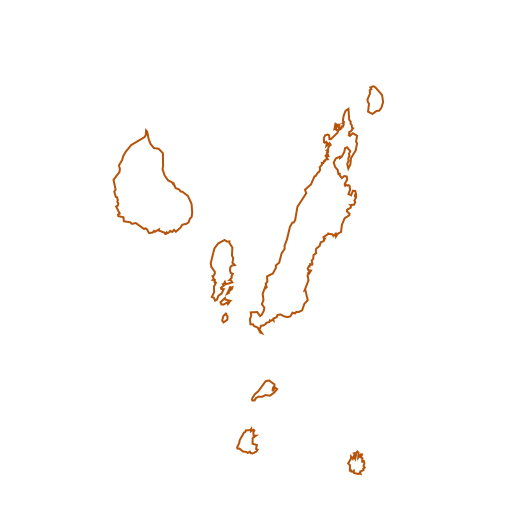 the district of Romblon, Romblon, Philippines, rotated 194°
{"feature_id": "2640588B50983171828902", "entity_name": "Romblon", "entity_type": "district", "adm_level": 2, "iso_a3": "PHL", "parent_name": "Philippines", "parent_adm1": "Romblon", "projection": "equal_earth", "projection_center": [122.122, 12.497], "detail": "fine", "context": "isolated", "style": "outline", "palette": "amber", "viewbox_px": 512, "rotation_deg": 194, "n_neighbors": 0, "source": "geoboundaries", "source_scale": "gbopen_adm2", "svg_char_len": 6097}
<svg xmlns="http://www.w3.org/2000/svg" viewBox="0 0 512 512"><g transform="rotate(194 256 256)"><path d="M231.6,182.5L234.9,185.4L234.2,189.6L232.1,190.4L230.2,192.2L229.8,193.7L227.1,195.1L227.0,196.8L226.2,196.5L224.3,198.3L223.4,197.7L224.0,199.6L221.1,201.6L220.9,204.0L218.0,205.2L214.1,204.2L210.3,204.4L208.1,205.8L206.8,209.9L204.1,209.8L203.3,211.6L201.3,211.8L198.1,214.4L197.5,221.3L195.1,225.7L199.9,234.9L200.5,234.4L199.2,245.0L200.9,249.0L201.1,248.3L201.2,252.5L200.2,253.3L199.9,252.7L199.1,255.2L201.6,254.8L202.8,256.4L202.2,258.9L201.4,258.9L201.5,261.3L199.6,261.0L199.3,261.8L200.9,265.1L199.8,266.9L200.4,271.0L198.3,273.3L199.2,275.2L199.3,277.8L196.7,281.1L196.5,285.7L196.3,284.9L193.9,287.0L193.5,289.1L194.1,288.7L195.1,290.6L191.3,294.8L191.4,296.2L191.1,295.0L187.2,295.5L185.7,294.1L184.1,296.8L183.1,294.3L182.2,297.2L179.3,299.9L180.2,307.1L179.1,314.2L175.3,318.1L175.5,319.7L178.5,321.2L178.8,323.0L175.8,325.8L176.0,327.9L176.7,328.3L173.3,329.5L172.7,332.3L173.9,333.4L173.1,337.0L173.5,338.4L173.9,337.3L174.5,337.8L174.7,339.2L173.9,340.1L175.4,343.1L177.7,342.8L178.4,337.9L181.3,338.5L180.7,342.7L182.0,346.5L183.3,347.2L184.3,346.4L185.7,346.8L186.4,345.7L187.4,347.2L186.0,352.3L187.2,355.1L189.7,354.9L191.5,352.4L194.4,354.5L194.6,357.0L194.8,355.7L196.0,355.6L197.5,359.1L200.7,361.5L203.2,365.4L202.2,369.9L198.7,372.6L198.2,371.3L196.8,373.2L195.5,378.5L195.7,382.2L193.9,383.5L189.9,380.5L190.5,377.5L189.6,376.1L190.0,372.7L189.2,370.7L189.8,367.4L187.6,363.2L186.6,367.8L187.5,373.9L184.8,382.7L185.2,389.7L186.6,391.3L187.0,397.1L191.7,398.5L194.0,395.2L195.0,395.6L194.2,396.8L195.3,397.3L195.5,398.8L194.1,399.9L192.7,403.4L193.8,403.6L194.8,406.2L196.3,407.3L196.6,409.2L198.6,410.9L201.9,421.1L204.2,418.6L204.9,413.3L204.4,408.2L203.0,407.3L204.1,405.7L202.7,405.1L202.9,402.6L204.4,402.4L204.0,400.5L205.0,399.3L206.0,400.5L206.9,395.0L211.6,387.5L213.0,387.1L214.2,390.8L215.7,391.2L218.1,389.8L218.7,386.9L217.6,382.9L216.6,382.5L215.4,383.8L214.4,383.0L214.4,379.9L212.0,383.3L210.5,381.9L212.0,379.5L211.9,376.7L212.8,375.5L211.6,375.3L212.0,373.8L211.4,373.9L211.6,373.0L209.9,370.3L211.3,370.0L212.3,370.9L212.7,370.1L209.8,367.2L211.8,366.4L212.2,364.8L212.9,364.8L213.1,362.5L214.7,362.3L214.1,360.4L215.7,357.5L214.6,355.1L215.3,352.6L216.1,352.0L217.4,348.1L218.5,347.5L220.0,338.7L224.5,332.2L222.4,329.1L227.7,313.8L226.7,300.2L227.5,297.6L228.8,297.2L230.1,292.6L230.0,279.3L230.8,272.9L229.9,270.0L231.8,264.7L231.9,255.1L234.5,251.6L233.8,249.4L235.4,243.1L240.3,238.9L238.8,233.7L239.9,231.6L238.1,228.2L239.3,226.6L239.7,227.2L240.4,221.0L238.1,215.1L238.7,210.8L235.3,207.7L235.2,204.8L236.2,200.4L237.5,198.7L241.3,201.9L247.5,200.0L246.2,197.1L246.6,193.4L244.9,188.4L242.3,188.9L240.9,187.5L237.1,187.0L233.3,182.7L231.6,182.5ZM365.3,252.4L362.0,253.7L361.0,255.7L360.0,255.0L356.7,258.2L356.7,257.2L350.3,256.5L349.3,255.4L348.4,255.8L348.7,257.6L348.1,256.5L348.2,257.3L347.1,257.0L345.7,258.4L345.3,259.6L343.0,259.1L341.8,261.5L339.6,260.2L336.3,265.0L335.1,268.5L331.2,270.5L329.6,272.3L329.2,276.1L327.9,278.3L328.4,282.7L331.1,290.9L336.6,297.8L343.1,300.6L344.8,300.3L346.5,301.9L350.5,302.5L353.1,306.0L353.2,305.3L355.4,307.2L359.5,308.0L364.0,311.9L367.7,317.6L367.9,320.7L371.2,333.2L376.3,336.5L381.2,336.0L385.3,339.1L388.3,343.2L391.6,350.2L393.0,351.2L392.2,346.5L392.9,344.4L403.9,333.5L407.7,325.5L409.0,320.8L409.1,316.7L410.9,310.8L409.1,307.5L408.8,304.4L412.7,295.5L408.3,286.5L409.1,284.2L406.4,279.5L405.0,279.4L403.5,276.5L403.7,275.1L402.3,273.6L402.3,271.4L403.7,270.2L398.5,264.2L399.9,262.8L399.2,261.4L394.0,261.5L392.6,257.7L386.4,258.3L384.1,257.2L380.6,258.9L371.1,255.1L370.1,256.1L368.5,255.7L365.3,252.4ZM284.9,202.8L283.4,204.0L282.8,208.4L280.3,211.3L279.3,216.0L281.6,215.6L282.3,216.7L280.0,219.6L281.3,220.6L280.4,221.1L279.9,223.3L278.4,221.3L272.6,224.7L274.9,226.7L275.8,226.4L274.3,229.1L274.9,230.6L274.2,233.1L276.4,233.4L277.8,235.8L278.2,239.0L277.2,240.8L274.4,242.1L277.2,243.7L277.6,248.4L279.4,250.6L281.0,258.5L285.0,262.3L285.3,263.7L287.6,263.0L290.4,263.9L295.7,259.1L298.2,253.2L298.2,238.1L296.7,234.6L292.1,230.7L291.7,229.0L292.4,226.5L293.3,225.9L291.4,223.6L292.1,222.4L290.1,222.7L290.0,220.6L289.3,220.0L288.7,220.6L288.4,220.4L289.4,216.0L287.9,211.0L288.9,205.6L286.7,205.2L284.9,202.8ZM216.4,62.9L214.6,64.7L213.5,63.4L211.6,63.6L208.3,66.3L207.6,68.5L209.3,68.9L209.4,72.8L213.9,73.0L215.2,78.4L212.5,81.7L214.9,81.1L215.9,84.3L215.4,86.3L216.6,86.8L218.5,84.8L218.9,86.9L219.4,85.7L223.7,84.3L223.8,82.8L225.0,81.6L227.3,73.1L227.0,70.8L228.0,65.7L227.4,64.7L225.4,65.1L221.2,63.1L217.9,63.6L216.4,62.9ZM182.2,423.2L177.4,422.0L174.2,425.8L171.5,426.9L170.2,430.3L169.9,436.0L172.6,442.7L180.8,448.4L183.2,449.1L185.8,447.2L184.4,445.7L185.7,444.4L184.7,441.1L185.7,435.0L184.9,432.7L183.2,431.1L182.2,423.2ZM224.4,114.9L222.4,115.6L221.6,118.2L219.6,120.1L216.1,120.8L213.3,123.3L208.6,123.9L205.3,127.9L203.3,132.0L205.7,132.9L207.3,128.8L207.6,132.5L206.6,134.3L207.1,135.9L213.2,138.4L216.4,136.8L221.0,125.4L223.6,121.8L225.1,117.4L225.1,115.6L224.4,114.9ZM108.4,69.2L103.7,69.2L103.2,70.2L101.8,69.9L102.7,72.2L99.9,74.2L100.5,75.7L99.3,76.9L100.9,78.3L100.6,80.6L101.2,82.3L102.9,82.2L102.5,83.1L103.4,83.0L103.8,85.5L105.5,85.9L105.1,89.1L106.3,89.0L108.0,85.0L109.0,90.0L110.4,90.8L111.2,89.2L113.0,88.3L110.8,87.2L110.7,83.2L112.6,85.7L113.0,82.6L115.2,84.4L114.8,82.5L116.4,77.0L114.3,75.8L113.0,70.5L111.9,71.0L111.4,69.9L110.0,70.0L109.2,71.3L108.4,69.2ZM277.8,200.6L275.8,201.0L272.3,204.2L271.5,202.7L270.8,204.2L271.4,204.9L270.1,206.2L275.3,206.4L275.9,207.7L279.3,202.6L277.8,200.6ZM271.4,183.7L268.4,187.2L269.1,190.7L271.0,192.0L271.0,193.6L273.1,189.8L273.2,187.7L273.2,185.3L271.4,183.7ZM273.7,218.2L274.9,212.3L273.4,213.6L273.4,215.8L271.5,217.9L271.4,220.0L273.1,218.9L273.9,220.1L273.7,218.2ZM210.6,398.0L209.1,399.0L209.4,400.8L208.7,402.1L207.4,401.1L207.0,403.6L208.4,402.9L210.9,403.5L210.6,398.0ZM209.4,398.1L208.5,397.8L208.0,399.0L208.6,398.2L209.4,398.1Z" fill="none" stroke="#b45309" stroke-width="2"/></g></svg>